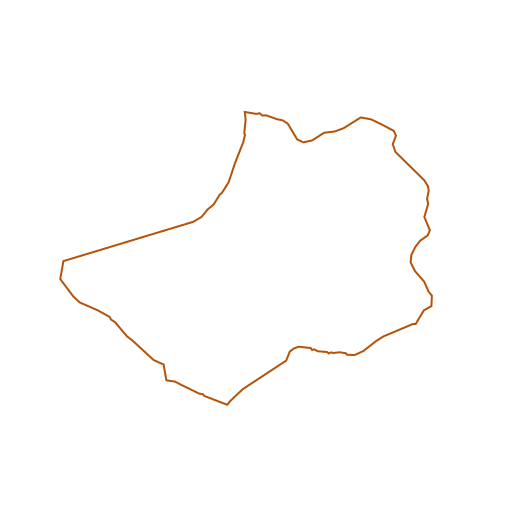 outline of Comalapa, Chimaltenango, Guatemala, rotated 243°
{"feature_id": "79465075B20533835568795", "entity_name": "Comalapa", "entity_type": "district", "adm_level": 2, "iso_a3": "GTM", "parent_name": "Guatemala", "parent_adm1": "Chimaltenango", "projection": "robinson", "projection_center": [-90.9, 14.753], "detail": "fine", "context": "isolated", "style": "outline", "palette": "amber", "viewbox_px": 512, "rotation_deg": 243, "n_neighbors": 0, "source": "geoboundaries", "source_scale": "gbopen_adm2", "svg_char_len": 1298}
<svg xmlns="http://www.w3.org/2000/svg" viewBox="0 0 512 512"><g transform="rotate(243 256 256)"><path d="M338.9,82.1L324.3,71.1L302.6,74.9L294.6,77.9L279.2,90.5L268.2,97.9L265.1,98.0L261.2,100.3L242.9,104.6L236.9,107.5L209.9,117.5L201.2,124.4L185.9,119.7L180.9,126.8L175.1,130.9L159.3,142.8L156.9,146.0L154.8,146.4L136.5,162.8L138.6,167.5L143.4,183.9L149.1,235.4L155.5,242.8L156.4,247.6L155.8,252.9L149.1,263.0L146.8,263.3L146.3,265.6L143.2,267.6L138.2,275.7L136.1,276.6L136.1,279.1L134.5,280.8L132.3,286.7L128.7,291.8L126.8,292.2L123.0,298.8L122.6,308.7L125.7,324.4L126.5,333.4L124.2,364.8L122.9,367.4L131.4,380.9L131.7,389.5L140.8,394.7L146.1,393.6L156.8,394.2L170.3,390.8L180.2,390.9L186.4,394.9L191.8,402.2L195.1,409.2L196.4,418.3L200.0,422.6L214.3,423.7L224.2,433.0L229.3,434.4L235.5,439.4L240.2,440.9L247.0,440.3L285.3,427.5L293.6,428.6L299.6,435.3L304.9,435.6L316.4,427.5L325.5,420.6L331.9,412.2L330.1,392.0L331.2,382.7L334.9,372.6L333.5,358.4L335.8,349.7L341.2,345.6L359.5,344.4L364.8,341.3L368.4,336.8L376.6,329.1L378.2,325.5L381.6,324.0L382.4,320.9L389.4,311.4L381.9,308.5L370.8,301.3L368.9,301.2L363.0,296.1L348.5,279.7L343.2,274.3L334.1,265.1L327.7,254.2L327.1,251.5L321.2,241.8L319.4,233.9L315.5,225.2L315.0,215.5L338.9,82.1Z" fill="none" stroke="#b45309" stroke-width="2"/></g></svg>